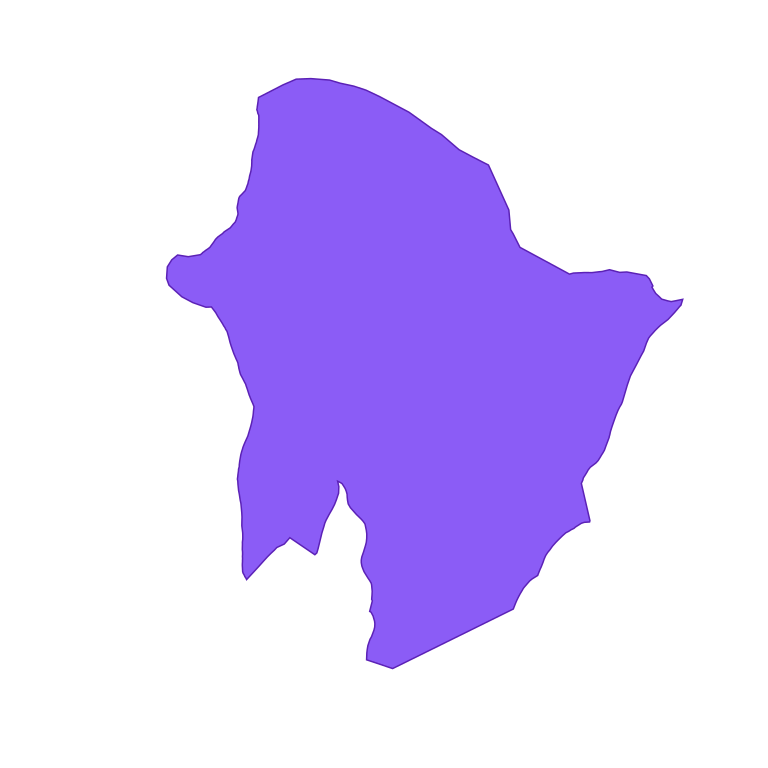 the district of Monchy/Vieux Sucreic, Gros Islet, Saint Lucia, rotated 208°
{"feature_id": "8701671B82156592609383", "entity_name": "Monchy/Vieux Sucreic", "entity_type": "district", "adm_level": 2, "iso_a3": "LCA", "parent_name": "Saint Lucia", "parent_adm1": "Gros Islet", "projection": "natural_earth1", "projection_center": [-60.949, 14.051], "detail": "fine", "context": "isolated", "style": "filled", "palette": "violet", "viewbox_px": 768, "rotation_deg": 208, "n_neighbors": 0, "source": "geoboundaries", "source_scale": "gbopen_adm2", "svg_char_len": 4803}
<svg xmlns="http://www.w3.org/2000/svg" viewBox="0 0 768 768"><g transform="rotate(208 384 384)"><path d="M242.8,136.8L164.2,246.0L164.9,251.9L165.2,255.6L165.3,258.8L165.3,262.6L165.1,266.5L165.0,269.2L164.6,271.2L163.8,274.7L162.9,278.6L161.6,281.6L158.4,287.1L158.6,288.3L159.0,292.0L159.2,293.9L159.3,296.2L159.9,301.5L160.4,304.5L160.7,308.4L160.4,312.0L159.7,315.4L159.1,320.0L157.9,324.9L156.9,328.3L155.2,333.7L153.6,338.0L151.7,340.7L150.4,343.1L148.5,345.7L147.8,347.6L145.7,351.3L144.4,353.6L142.5,355.6L142.2,355.9L137.7,358.7L138.0,360.0L163.1,388.9L163.3,392.4L163.9,394.7L163.6,398.3L163.4,401.6L163.4,403.9L162.8,407.3L161.0,411.2L159.8,413.8L159.0,416.9L158.7,420.8L158.6,423.5L158.4,425.7L158.3,429.0L159.0,433.8L160.1,442.4L160.4,443.3L160.8,445.2L161.7,448.3L162.7,453.6L163.6,459.3L164.5,465.5L165.0,470.4L165.1,474.5L164.9,477.6L165.2,480.4L165.9,483.8L168.7,497.4L170.2,506.8L170.2,512.4L170.2,520.0L170.3,529.6L170.2,535.1L171.5,543.3L171.9,548.7L171.5,551.3L170.4,555.6L169.7,558.6L168.4,562.8L167.4,565.7L164.8,571.4L163.5,574.3L161.0,583.5L159.3,591.4L158.8,592.9L160.0,599.0L165.7,594.3L169.1,591.6L172.6,590.6L178.7,589.3L181.6,590.2L186.6,591.5L190.2,593.6L192.9,595.3L192.6,596.8L199.0,601.4L203.3,602.9L222.2,596.9L228.3,593.2L238.5,590.8L244.3,585.7L246.3,584.4L252.5,580.1L255.9,578.3L259.4,576.5L262.0,574.9L268.8,570.9L271.8,568.1L328.1,568.5L340.4,577.2L344.7,579.8L355.4,596.2L394.6,626.4L398.4,626.3L412.5,626.1L427.7,626.1L450.3,631.2L462.1,632.0L489.5,635.7L506.0,635.7L522.6,635.7L537.9,635.0L550.6,632.8L564.0,629.0L574.8,626.8L592.0,619.3L604.7,611.9L613.6,600.7L629.3,578.1L629.0,577.3L627.9,574.5L627.4,573.1L627.1,572.3L626.0,569.1L625.5,568.0L625.3,567.2L625.0,566.4L623.9,565.5L622.5,563.8L620.8,562.5L619.7,560.7L618.2,557.8L617.2,555.9L616.5,554.7L616.1,553.8L615.2,552.2L613.7,548.9L613.0,547.3L612.0,545.2L611.4,542.8L610.7,539.3L610.2,537.7L609.9,535.4L609.4,533.0L608.9,530.1L608.7,527.5L607.9,525.2L607.1,523.0L605.9,519.7L605.1,518.3L604.1,516.2L603.2,514.4L602.0,511.1L601.4,509.3L600.8,506.7L600.4,504.8L599.3,501.5L599.0,499.6L598.2,497.0L598.0,495.1L597.5,491.9L597.3,489.6L598.0,487.1L598.4,485.5L599.5,481.9L599.4,479.9L598.8,477.9L598.0,475.6L597.0,472.2L596.4,470.6L594.9,468.6L593.6,466.9L592.8,465.7L592.4,464.4L592.0,461.5L591.6,459.8L591.4,457.1L592.2,454.2L592.6,452.0L593.1,449.7L593.8,448.4L595.7,444.9L596.6,443.2L597.2,441.0L599.6,436.2L600.3,434.0L600.7,432.5L600.9,430.0L601.2,427.8L601.5,425.9L601.9,422.9L603.0,420.5L604.2,418.3L605.1,416.2L605.8,414.9L605.9,414.2L606.8,412.0L616.6,404.5L626.8,401.0L629.7,394.0L630.3,385.7L625.6,375.2L620.2,370.3L603.5,366.1L591.0,366.1L577.3,368.2L572.5,371.0L566.1,368.0L562.0,365.4L558.5,363.5L554.5,361.2L552.9,360.1L550.9,359.1L549.5,358.0L547.2,356.7L543.1,352.5L539.5,348.5L536.9,345.9L532.8,342.1L530.7,340.2L528.2,338.2L526.1,336.5L524.2,335.1L522.8,333.9L521.7,332.4L520.4,330.9L519.6,329.8L516.7,326.6L515.2,325.1L513.3,323.8L512.2,323.1L509.3,321.1L507.9,320.1L506.2,319.0L504.8,317.6L502.3,315.3L497.8,310.9L496.9,310.2L495.1,308.6L490.4,304.9L488.2,303.0L487.4,301.1L486.6,298.9L485.7,296.9L484.5,293.8L482.7,287.7L481.8,284.0L480.5,277.6L479.8,274.1L479.4,267.7L479.1,264.3L478.8,261.9L478.3,259.6L478.0,257.7L477.2,254.3L475.2,248.2L473.9,244.8L473.0,243.0L472.5,240.6L471.7,238.9L470.5,235.6L469.8,233.9L468.8,231.2L467.5,229.6L465.8,226.8L462.4,221.7L460.2,219.0L456.4,213.9L454.3,211.4L451.0,206.4L449.1,203.5L446.9,199.8L445.4,196.8L443.0,192.1L441.4,189.8L439.2,186.7L438.4,185.4L436.7,182.3L435.7,180.3L434.8,177.9L433.8,176.1L432.7,173.9L431.4,171.3L430.1,169.4L428.9,167.2L428.1,165.4L426.9,163.4L426.2,161.9L425.5,160.6L424.6,158.6L423.7,156.9L422.7,155.3L422.0,154.1L420.8,152.1L419.7,150.9L417.9,149.8L416.4,148.6L414.5,147.6L413.5,146.8L410.7,157.3L408.8,164.6L407.0,171.9L405.8,176.6L404.3,181.5L402.8,185.8L401.9,189.3L396.9,195.9L395.0,204.1L364.9,200.8L364.0,203.3L364.9,207.7L368.1,220.2L368.9,223.3L370.2,230.1L370.9,233.2L371.2,236.4L371.2,243.0L371.0,249.2L371.1,254.5L371.7,259.6L372.3,263.1L372.8,266.2L374.4,269.5L375.7,272.2L379.3,276.4L377.4,276.5L374.4,276.4L371.6,274.9L369.1,273.4L366.9,271.5L364.9,269.4L363.3,266.7L361.6,264.2L359.3,261.3L355.6,259.0L351.3,257.4L347.0,255.8L341.1,254.1L338.3,253.1L336.2,252.1L334.9,251.3L331.0,246.6L328.8,243.5L326.8,239.6L325.3,235.9L324.5,232.6L323.2,225.9L322.4,220.8L321.4,217.8L320.2,215.6L318.1,212.9L315.9,210.9L313.5,208.9L310.1,206.9L307.0,205.1L304.5,203.8L301.9,202.2L300.7,200.9L297.1,195.4L295.5,192.0L293.8,188.1L292.5,187.1L289.9,176.5L288.2,176.4L286.5,175.2L284.7,174.0L282.9,172.1L281.1,170.3L279.5,168.0L278.1,165.0L277.3,161.9L276.4,155.0L276.5,152.1L276.0,148.9L275.4,145.4L274.2,141.8L272.9,138.5L269.9,132.3L242.8,136.8Z" fill="#8b5cf6" stroke="#5b21b6" stroke-width="1.5"/></g></svg>